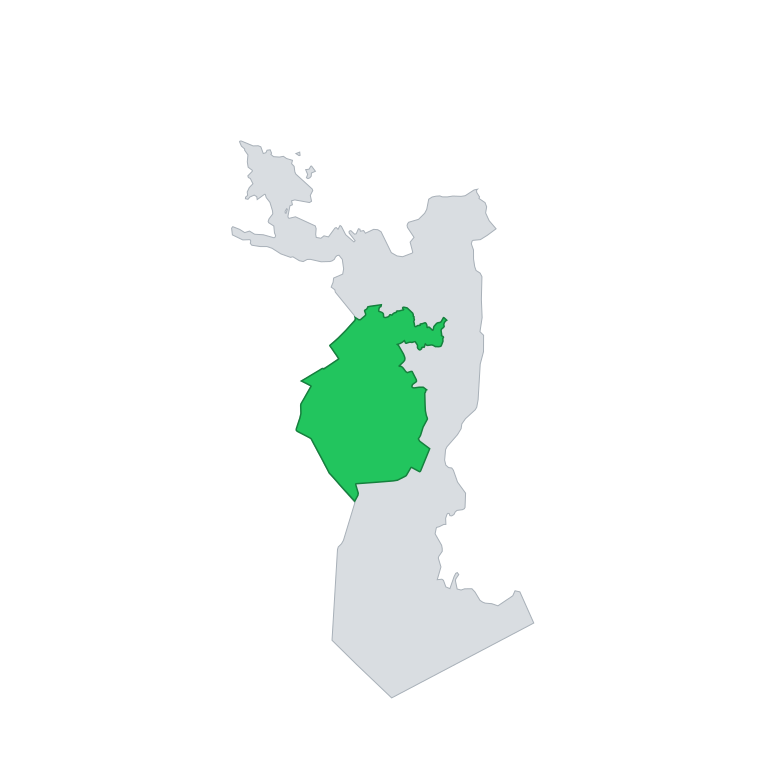 Uzbekistan, with Navoi highlighted, rotated 236°
{"feature_id": "UZB-357", "entity_name": "Navoi", "entity_type": "Region", "adm_level": 1, "iso_a3": "UZB", "parent_name": "Uzbekistan", "parent_adm1": "", "projection": "orthographic", "projection_center": [65.132, 41.594], "detail": "fine", "context": "in_parent", "style": "filled", "palette": "green", "viewbox_px": 768, "rotation_deg": 236, "n_neighbors": 0, "source": "natural_earth", "source_scale": "10m", "svg_char_len": 8636}
<svg xmlns="http://www.w3.org/2000/svg" viewBox="0 0 768 768"><g transform="rotate(236 384 384)"><path d="M582.4,347.5L592.4,341.7L598.4,344.8L599.0,346.6L592.9,350.8L587.4,353.2L586.0,358.0L580.5,360.5L575.2,367.4L566.7,374.6L566.7,376.0L567.5,377.1L570.5,377.7L576.6,381.0L582.2,378.6L583.6,378.9L585.2,381.0L587.2,386.9L589.9,388.4L598.3,391.0L604.4,390.6L607.6,391.6L608.1,391.0L607.8,382.0L610.5,383.3L613.2,382.0L614.0,377.4L613.2,374.5L615.1,372.7L616.3,373.7L616.6,376.4L619.7,378.0L622.2,382.2L623.3,387.3L629.1,388.1L631.0,387.0L632.7,387.5L634.0,393.8L634.8,394.3L639.7,392.6L644.6,394.9L650.0,399.3L655.7,399.2L656.9,399.9L660.9,398.8L665.7,399.7L665.9,400.5L665.2,401.6L654.6,408.6L651.8,413.0L649.5,414.5L642.6,412.8L641.8,415.4L643.2,417.8L641.8,420.6L638.3,419.9L637.5,418.6L634.2,419.6L630.6,424.2L629.0,427.9L625.4,429.3L620.6,433.2L618.3,430.6L614.7,431.2L609.7,428.7L607.3,428.3L585.9,433.5L584.2,433.1L581.6,428.4L576.0,426.1L576.1,423.7L586.5,413.0L587.6,409.8L583.8,408.3L584.3,405.6L576.7,398.1L575.3,397.6L574.4,398.0L572.1,404.1L553.5,415.4L550.7,414.6L546.2,411.0L543.4,409.8L540.1,413.2L540.4,417.1L537.0,420.2L540.7,430.5L540.4,431.9L538.0,432.4L540.0,436.2L538.5,436.8L529.2,435.7L518.6,438.5L518.9,440.2L528.5,439.5L529.8,440.1L530.1,441.4L529.6,442.3L524.6,443.4L524.1,445.0L527.0,449.6L525.8,450.6L523.9,449.8L522.6,452.9L519.4,452.9L518.0,461.9L515.4,465.1L511.9,466.7L488.8,463.5L482.9,466.4L479.1,470.6L476.8,480.4L477.1,481.5L487.0,485.0L488.8,490.9L500.7,491.0L502.7,491.9L503.7,493.3L504.3,494.9L501.2,504.7L502.8,513.2L504.9,517.1L512.2,524.4L512.1,528.5L510.6,532.2L508.7,535.5L506.6,536.9L503.7,541.1L501.3,546.2L496.4,552.9L494.7,556.6L494.5,567.2L493.2,570.4L493.0,569.2L491.1,568.0L485.7,567.8L484.7,566.5L477.9,569.2L473.5,568.2L469.0,563.9L460.6,562.5L450.0,563.7L449.5,552.8L449.8,544.6L453.3,538.2L453.2,536.9L451.4,534.8L445.0,533.1L437.5,528.1L430.5,524.8L426.6,523.8L422.2,525.7L418.2,525.2L399.8,512.1L384.2,502.5L373.7,492.8L368.7,493.8L355.2,484.6L346.7,474.9L318.3,453.2L312.9,447.9L311.6,445.2L309.7,432.2L307.4,426.2L303.8,422.9L300.9,416.6L296.8,401.2L295.2,398.4L287.0,391.7L282.2,389.9L278.6,390.8L276.5,393.2L273.7,393.3L261.5,390.1L247.9,390.6L236.4,382.2L235.7,380.9L235.9,378.8L238.4,373.8L238.1,371.5L236.7,369.0L236.8,366.4L238.0,365.0L240.2,365.6L241.0,364.7L240.8,363.4L238.2,360.0L233.0,356.8L234.2,354.9L234.8,350.0L235.7,347.4L235.1,346.5L231.2,342.6L218.1,341.6L215.1,340.3L212.7,338.7L210.5,333.1L209.4,331.7L200.5,328.9L192.0,318.7L189.8,322.8L188.0,323.5L181.2,321.8L177.5,324.2L185.2,334.5L186.9,337.6L186.7,339.3L184.2,339.4L182.3,334.6L181.0,333.2L173.1,330.0L170.1,332.7L169.1,336.3L165.1,342.4L160.8,343.1L151.0,342.6L148.0,343.8L145.8,345.3L141.6,350.5L136.4,354.4L136.4,372.3L139.3,377.0L135.7,380.4L102.1,374.5L119.5,214.8L166.9,204.4L200.6,197.6L272.8,252.9L274.5,255.0L275.3,259.4L277.1,263.0L302.0,293.6L340.7,288.8L379.8,292.8L394.5,285.7L406.1,298.7L413.2,303.4L423.2,322.3L432.6,317.2L431.3,339.9L430.2,346.8L430.2,360.4L446.1,360.6L449.8,382.4L453.6,396.2L457.1,397.7L487.3,395.0L489.7,395.9L493.9,394.4L496.8,398.7L500.0,401.5L498.2,411.2L502.0,414.9L510.6,419.1L515.9,418.7L516.7,417.0L516.4,414.8L515.1,412.5L515.1,409.7L515.8,407.6L520.5,400.2L528.5,392.7L530.2,390.0L530.7,385.5L533.5,382.8L540.4,379.6L541.3,377.3L549.6,371.2L559.1,367.1L563.3,363.9L567.2,358.2L573.0,352.0L575.4,351.8L577.1,353.5L578.6,353.6L582.4,347.5ZM583.8,401.4L582.5,398.6L581.0,397.7L580.3,398.2L582.9,401.6L583.8,401.4ZM605.2,445.8L598.7,446.1L599.5,441.8L597.0,439.9L596.4,437.8L596.8,435.8L598.4,435.0L600.4,437.9L605.5,438.9L604.0,442.0L605.5,445.1L605.2,445.8ZM624.3,439.8L623.4,443.8L620.5,442.3L620.8,441.3L624.3,439.8Z" fill="#d9dde1" stroke="#a8b0b8" stroke-width="1"/><path d="M394.0,285.4L394.5,285.4L395.0,285.5L395.6,286.0L396.1,286.5L399.5,290.9L402.9,295.4L404.5,297.1L406.1,298.7L409.4,300.8L412.6,302.8L413.3,303.4L413.9,303.9L416.6,309.5L418.4,313.1L420.8,318.0L422.9,322.3L423.2,322.3L423.5,322.3L428.1,319.8L432.7,317.2L432.1,328.1L431.5,339.0L431.5,340.1L431.4,341.3L431.2,341.7L431.1,342.0L430.7,342.2L430.3,342.3L430.2,342.6L430.1,342.9L430.1,344.3L430.1,351.5L430.1,360.0L430.2,360.5L430.3,360.6L434.4,360.7L437.9,360.6L441.5,360.6L445.4,360.5L445.5,360.5L445.8,360.5L446.0,360.5L446.3,360.7L446.9,366.2L447.6,371.7L448.7,377.1L449.8,382.5L451.4,388.9L452.9,395.3L453.6,396.2L454.4,397.1L455.2,397.3L451.2,399.1L450.9,399.8L450.5,400.4L451.2,406.5L451.3,406.7L451.3,406.9L451.5,407.3L451.8,407.6L452.0,407.7L452.5,408.0L455.5,408.8L455.8,409.1L455.9,409.3L455.9,409.6L455.9,410.0L455.8,410.8L455.8,411.5L456.2,412.5L457.0,413.8L456.1,416.1L451.2,426.1L450.5,425.5L450.1,425.0L450.0,424.8L449.9,424.6L449.9,424.3L450.1,423.6L450.1,423.2L449.9,422.8L448.8,421.5L447.8,420.7L447.5,420.5L447.2,420.4L446.9,420.6L444.5,422.3L443.7,422.6L443.1,422.7L442.5,422.7L441.9,422.4L441.3,422.1L440.6,421.6L440.1,421.4L439.7,421.3L439.2,421.5L438.8,421.8L438.4,422.2L438.1,422.7L437.9,423.3L437.5,424.5L437.4,425.2L437.4,425.9L437.7,426.6L437.9,427.0L438.1,427.4L438.0,427.7L437.8,428.2L437.5,428.4L436.9,428.8L436.7,429.0L436.7,429.3L437.1,430.4L437.2,431.9L437.0,432.9L436.6,433.9L436.6,434.2L436.6,434.5L436.8,434.7L437.3,435.1L437.2,435.6L437.1,435.9L436.3,437.1L436.0,437.6L435.8,438.2L435.5,439.2L434.7,441.3L434.6,441.6L434.7,441.8L434.8,441.9L435.1,441.9L435.7,441.8L436.0,441.8L436.3,441.8L436.6,441.9L436.8,442.2L436.9,442.5L436.9,442.8L436.7,443.2L436.4,443.6L434.3,445.6L433.9,445.8L426.7,447.4L425.3,447.1L423.8,446.2L423.1,446.5L422.4,446.1L421.8,445.6L420.4,445.2L419.9,444.6L419.0,443.4L418.7,443.3L417.9,443.2L414.9,441.8L414.4,441.8L414.2,441.9L414.0,442.1L413.8,442.5L413.7,442.8L413.6,443.0L413.7,443.6L413.6,444.4L413.6,444.7L413.5,444.9L413.4,445.0L412.5,446.5L412.4,446.8L412.6,447.0L412.8,447.0L413.0,447.1L413.3,447.3L413.4,447.5L413.4,447.8L413.2,448.1L412.7,449.3L412.6,449.5L412.0,451.8L411.8,452.3L411.5,452.5L411.1,452.7L410.1,452.7L409.2,452.5L408.2,452.1L407.1,451.5L406.8,451.4L406.6,451.5L406.4,451.8L406.4,452.1L406.2,452.9L406.0,453.1L405.7,453.3L403.7,453.8L402.0,454.1L401.7,454.2L401.5,454.3L401.4,454.4L401.3,454.6L401.6,455.2L402.6,456.3L403.2,456.9L403.5,457.2L403.8,457.6L404.8,461.3L404.8,461.6L404.8,462.3L404.7,462.7L404.6,463.0L403.6,465.3L403.6,465.6L404.0,466.8L405.8,470.4L405.2,470.9L401.8,471.7L401.8,470.4L401.7,470.1L401.4,469.0L401.2,468.5L401.0,468.2L400.5,467.5L399.9,466.9L399.4,466.6L398.6,466.3L397.9,465.9L397.7,465.0L397.5,464.1L397.5,463.4L397.3,462.4L396.6,461.3L392.6,459.4L392.3,458.9L391.8,458.8L390.4,459.5L389.7,459.5L389.2,459.2L389.1,458.9L389.0,458.5L388.9,458.2L387.3,457.3L386.4,456.7L384.0,453.3L383.5,452.2L383.9,451.1L384.5,449.9L385.6,448.5L385.7,448.3L386.0,448.0L386.2,447.5L388.3,446.5L388.9,446.1L389.5,445.6L390.0,444.9L391.6,441.7L392.1,441.2L392.4,441.2L392.6,441.0L392.8,440.9L393.1,440.8L394.1,440.7L394.0,440.3L393.4,439.6L392.5,438.6L392.1,438.0L392.0,437.8L392.1,437.7L392.5,437.4L393.1,435.7L392.2,434.9L392.1,434.0L392.1,433.7L392.1,433.3L392.2,432.8L392.5,432.5L393.1,432.2L394.3,432.0L395.0,432.0L395.7,432.2L396.3,432.7L397.0,433.2L397.8,433.5L401.7,433.5L402.1,432.8L402.8,430.4L403.4,429.8L404.2,428.9L405.1,426.2L405.1,425.6L405.5,425.1L405.8,424.8L406.1,424.7L406.4,424.8L408.1,425.1L408.6,425.1L408.6,424.6L408.5,424.1L408.4,423.2L408.4,422.2L408.5,421.0L408.6,419.9L409.4,417.2L407.8,417.6L397.8,416.9L394.5,416.1L393.3,415.5L392.2,414.5L391.7,413.2L391.4,412.1L390.7,407.7L390.5,406.6L390.1,406.6L389.0,408.1L387.9,408.5L386.5,408.8L382.1,409.0L381.0,409.4L380.4,409.7L379.3,413.6L378.6,414.3L369.6,413.2L368.2,412.6L367.8,411.7L367.7,408.8L367.6,407.3L366.9,406.3L366.3,405.7L365.7,405.6L365.0,405.8L364.3,406.3L363.7,407.2L361.7,411.3L359.3,414.8L355.3,416.1L355.4,415.2L354.2,414.0L353.5,412.6L343.6,406.3L338.6,403.3L334.3,401.5L331.4,400.8L330.6,400.3L326.4,392.3L321.1,385.7L320.3,384.2L319.3,381.8L316.6,381.6L304.8,385.7L291.5,365.8L291.3,365.2L291.3,364.6L292.0,364.1L299.1,360.4L299.6,360.0L299.7,359.7L299.1,358.4L295.7,351.4L295.6,351.0L295.6,350.4L296.7,341.4L298.6,337.3L307.4,321.7L316.7,305.5L316.9,305.0L316.9,304.6L316.4,304.3L307.9,301.6L306.3,300.1L303.2,294.2L305.8,293.8L306.9,293.6L308.0,293.4L309.2,293.3L310.3,293.1L312.1,292.8L313.9,292.6L315.7,292.3L317.5,292.0L320.4,291.6L323.3,291.2L326.2,290.8L329.1,290.5L332.0,290.1L334.9,289.7L337.8,289.3L340.7,288.8L345.5,289.4L350.4,289.9L355.2,290.5L360.0,291.0L364.4,291.4L368.8,291.9L373.2,292.3L377.5,292.8L379.3,293.0L379.8,292.8L380.4,292.6L383.6,290.9L386.7,289.2L389.8,287.5L392.9,285.8L393.5,285.6L394.0,285.4Z" fill="#22c55e" stroke="#15803d" stroke-width="1.5"/></g></svg>